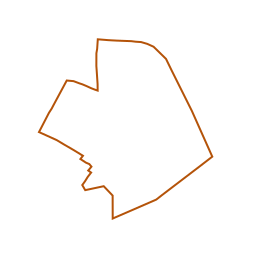 outline of Onitsha South, Anambra, Nigeria, rotated 222°
{"feature_id": "59680162B59497895637604", "entity_name": "Onitsha South", "entity_type": "district", "adm_level": 2, "iso_a3": "NGA", "parent_name": "Nigeria", "parent_adm1": "Anambra", "projection": "robinson", "projection_center": [6.781, 6.141], "detail": "fine", "context": "isolated", "style": "outline", "palette": "amber", "viewbox_px": 256, "rotation_deg": 222, "n_neighbors": 0, "source": "geoboundaries", "source_scale": "gbopen_adm2", "svg_char_len": 737}
<svg xmlns="http://www.w3.org/2000/svg" viewBox="0 0 256 256"><g transform="rotate(222 128 128)"><path d="M201.3,180.2L209.8,173.7L203.9,166.2L201.5,162.4L193.0,152.9L190.2,150.2L180.0,140.3L175.6,135.5L178.4,134.3L181.8,133.0L186.9,131.4L191.2,129.9L193.9,128.7L199.8,126.4L205.3,122.3L198.7,95.3L197.7,91.4L196.9,86.4L191.4,65.4L172.9,71.3L164.7,72.9L153.3,75.3L142.9,77.2L142.6,73.1L136.1,74.1L132.6,75.3L129.3,74.8L129.1,69.8L125.6,70.2L125.2,64.7L124.3,59.6L123.8,55.0L118.2,53.2L107.1,68.5L94.2,67.5L78.8,50.5L59.1,93.7L57.8,101.1L49.2,146.7L46.2,163.1L91.9,183.4L133.9,199.9L146.0,204.8L163.4,205.5L170.0,203.4L175.8,200.6L180.0,197.3L183.7,194.7L195.1,185.2L201.3,180.2Z" fill="none" stroke="#b45309" stroke-width="2"/></g></svg>